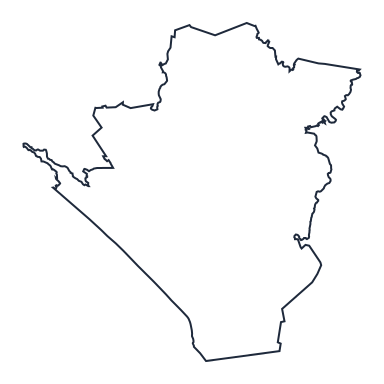 Elota, Sinaloa, Mexico (Albers equal-area conic projection)
{"feature_id": "50627088B50606245291674", "entity_name": "Elota", "entity_type": "district", "adm_level": 2, "iso_a3": "MEX", "parent_name": "Mexico", "parent_adm1": "Sinaloa", "projection": "albers", "projection_center": [-106.918, 24.031], "detail": "fine", "context": "isolated", "style": "outline", "palette": "slate", "viewbox_px": 384, "rotation_deg": 0, "n_neighbors": 0, "source": "geoboundaries", "source_scale": "gbopen_adm2", "svg_char_len": 5856}
<svg xmlns="http://www.w3.org/2000/svg" viewBox="0 0 384 384"><path d="M175.1,30.3L174.6,37.2L171.6,36.3L170.5,47.7L168.1,51.3L167.4,53.9L167.9,59.4L165.8,63.5L164.4,63.9L162.5,65.1L160.7,62.6L160.4,62.6L159.4,64.9L159.7,65.2L160.1,64.9L160.3,65.1L160.9,66.1L161.0,67.5L163.0,71.1L162.8,72.3L163.5,72.2L164.7,72.8L165.5,73.5L166.0,74.5L166.1,75.9L166.6,77.2L167.1,80.6L166.9,81.1L164.4,84.2L162.9,84.6L161.5,85.5L160.4,86.9L160.3,87.7L159.5,89.0L158.7,91.7L158.7,93.9L158.9,95.3L160.7,99.1L160.7,99.9L160.4,101.5L159.9,102.1L158.2,102.7L157.6,103.8L157.5,105.0L157.8,105.9L157.3,106.6L157.2,107.1L157.4,109.3L154.6,110.5L152.1,109.7L151.4,109.1L150.9,108.6L151.1,107.4L152.3,106.3L153.1,104.2L130.6,108.1L122.8,104.7L122.9,102.3L115.7,107.2L106.6,107.6L105.5,105.7L102.3,106.5L102.6,107.7L96.6,108.0L95.4,107.8L93.3,115.6L101.6,127.6L92.6,135.6L106.1,156.2L103.2,156.3L104.7,159.2L105.2,159.3L107.1,161.2L108.6,160.1L110.6,163.1L110.6,163.5L113.1,167.9L97.1,168.0L93.8,168.6L92.7,169.4L90.8,170.0L89.0,171.2L87.1,169.8L84.7,168.9L84.2,169.1L83.2,171.4L86.9,173.9L86.5,176.6L87.2,176.5L87.2,177.0L85.4,178.3L85.5,180.1L85.9,181.3L88.2,182.9L88.1,185.3L88.7,186.1L88.3,186.1L85.5,184.5L84.4,185.2L83.0,184.3L81.4,181.8L78.8,180.8L77.2,179.1L75.5,178.3L73.4,176.9L72.8,176.1L72.9,175.4L72.4,174.0L72.5,173.5L70.7,172.9L70.8,172.5L69.2,170.8L67.7,168.0L66.6,167.1L64.7,166.2L62.7,166.4L60.7,166.2L59.1,165.3L55.4,163.9L54.6,163.5L53.9,162.5L52.3,161.4L51.6,160.1L50.0,159.8L49.1,158.9L48.0,158.7L47.0,156.7L46.9,153.4L46.3,151.0L45.8,149.8L44.1,149.6L42.9,150.7L40.1,150.7L38.2,149.5L37.5,149.5L36.0,150.5L35.0,150.3L34.1,150.0L32.7,148.7L31.7,148.2L31.5,147.2L30.5,147.3L27.0,144.0L25.7,143.5L24.1,143.5L23.5,143.8L23.6,146.7L23.8,147.0L24.8,146.6L25.5,146.9L26.9,148.1L28.2,149.9L28.9,150.2L29.3,149.9L30.5,150.2L32.3,151.9L34.0,152.4L35.2,153.8L36.0,155.9L36.6,156.0L37.0,156.5L37.9,156.9L39.5,157.0L40.0,157.3L41.0,158.8L41.5,161.4L43.5,161.5L47.6,163.3L48.5,164.3L49.7,165.1L50.6,166.1L52.0,169.4L52.5,169.5L52.8,169.2L54.1,169.9L56.5,171.8L56.7,172.4L56.3,173.4L56.9,174.6L57.1,178.5L56.6,178.9L55.9,178.1L56.0,178.6L56.3,179.2L58.5,181.2L60.1,183.3L59.5,184.3L57.9,185.7L57.4,185.7L56.6,185.2L55.1,186.0L56.4,186.0L56.7,186.3L56.5,187.3L55.6,189.3L53.5,187.5L53.0,187.6L89.2,219.0L101.4,230.2L107.3,236.0L115.8,243.4L123.3,250.7L138.0,266.0L153.9,281.8L166.0,294.4L171.4,300.4L181.0,310.1L187.1,316.6L188.5,318.5L190.0,322.1L190.6,324.3L191.8,330.3L192.1,333.5L192.0,336.2L193.2,339.0L193.5,340.8L193.5,342.1L192.9,342.8L192.8,343.4L193.9,345.8L193.9,346.8L200.1,353.2L206.0,361.0L279.5,351.1L280.7,343.6L277.8,342.3L281.0,322.1L284.5,321.3L282.1,308.9L312.2,282.3L317.4,273.9L321.2,265.2L320.4,262.4L309.2,245.7L305.5,244.9L301.6,248.5L300.6,247.1L298.1,239.9L297.0,239.1L295.0,239.2L294.9,238.0L294.3,237.3L294.5,235.9L295.9,234.5L297.6,234.9L298.7,236.0L299.2,236.7L299.1,237.5L299.5,238.4L300.7,239.3L300.6,239.7L301.0,240.1L302.2,239.7L303.5,238.8L304.0,238.0L305.8,238.0L306.4,238.9L306.9,239.1L308.8,237.9L309.1,236.7L308.9,235.0L309.5,231.9L309.4,230.9L309.7,230.1L309.5,228.6L310.4,224.1L310.4,221.6L310.8,221.2L311.3,217.6L311.8,216.8L311.9,215.5L312.3,214.3L312.3,213.8L313.7,212.3L314.2,211.0L314.5,209.3L314.2,209.0L314.0,208.5L314.7,207.6L315.0,205.0L315.5,203.8L316.2,202.8L317.1,202.5L317.5,201.5L318.2,200.9L318.2,199.9L316.3,198.4L315.4,196.7L316.7,191.9L318.1,191.3L319.8,191.7L321.0,191.2L323.8,188.4L324.1,187.3L325.2,185.3L327.4,183.6L329.3,183.0L330.5,181.1L330.6,180.5L330.5,179.2L330.0,178.4L328.8,177.3L328.0,175.3L327.8,173.9L328.7,173.0L329.7,173.0L330.5,172.5L331.4,169.4L331.1,168.2L331.1,166.3L331.0,165.2L329.9,163.9L328.2,158.0L327.2,156.7L326.5,156.5L326.4,156.1L325.8,155.6L323.0,154.6L322.7,154.1L321.4,153.5L318.5,152.6L317.3,148.5L315.0,145.4L316.6,141.6L316.7,140.6L316.5,136.7L316.1,135.5L315.3,135.1L314.2,133.7L307.5,132.5L305.9,132.8L306.5,130.7L305.6,129.8L305.9,128.6L305.5,127.8L306.8,127.8L307.2,128.7L308.9,129.1L309.3,128.8L308.2,127.5L308.1,126.5L310.1,126.0L311.0,127.2L315.9,126.1L316.7,125.5L318.0,126.1L318.9,125.1L318.1,123.9L318.2,123.6L319.7,122.5L320.4,122.6L320.9,121.9L321.4,121.8L322.1,122.4L322.4,121.0L323.7,121.8L324.0,122.7L324.9,123.3L324.5,121.9L325.2,121.1L324.6,120.9L324.5,120.4L324.0,120.1L323.8,119.5L322.9,119.1L322.3,118.3L324.2,116.3L324.7,116.2L326.6,117.1L329.4,122.0L331.4,122.7L334.3,122.4L335.5,121.2L336.0,119.9L335.3,119.0L331.8,116.3L330.8,114.4L330.7,112.5L331.6,111.4L334.4,110.4L334.3,109.6L335.0,108.3L337.2,106.7L340.6,109.3L342.3,109.7L342.7,109.3L342.8,108.7L343.4,108.1L344.1,106.6L342.4,103.9L342.0,102.5L342.2,101.3L344.4,100.6L345.6,99.5L345.8,99.1L344.9,96.1L345.9,95.3L346.8,95.1L347.8,95.3L349.0,94.2L350.4,92.1L350.9,90.3L351.0,89.6L350.5,88.0L350.7,86.6L350.6,86.0L351.1,85.0L351.6,84.5L352.1,84.6L352.2,84.1L351.9,83.4L351.9,82.1L350.8,81.4L350.7,80.7L350.9,80.4L353.2,79.6L355.9,79.0L356.8,78.3L358.0,78.0L359.8,76.9L360.5,75.3L359.7,72.9L359.2,72.7L358.6,73.0L357.9,72.9L356.9,71.9L356.9,71.4L357.0,70.6L358.7,70.5L359.7,69.5L324.7,63.9L318.5,63.4L298.3,58.6L296.6,60.0L294.2,63.5L294.7,64.5L293.9,64.7L293.8,65.0L294.2,66.9L294.1,67.4L293.1,68.2L293.3,69.5L292.7,70.0L291.9,69.5L290.9,70.0L289.5,71.3L289.6,68.3L289.3,67.5L288.5,66.8L287.6,66.4L285.1,66.8L283.8,66.3L283.1,65.6L282.7,63.9L283.3,62.3L283.0,61.9L281.8,61.7L279.7,63.6L279.1,63.6L278.3,64.3L276.0,59.2L276.1,56.8L275.8,56.8L276.0,56.3L275.4,56.1L274.9,50.5L272.6,48.0L270.4,48.0L269.6,47.7L267.7,46.2L267.8,45.2L269.2,41.9L268.6,41.6L268.5,40.8L268.0,40.9L267.8,40.5L265.8,42.5L265.6,43.1L263.6,42.9L263.1,42.6L262.0,40.7L261.1,40.3L260.8,39.8L259.0,39.4L258.9,37.9L256.8,37.9L256.6,37.5L256.6,36.5L257.1,35.6L257.4,33.9L258.5,33.1L258.7,32.6L256.7,28.8L255.5,25.8L254.7,26.1L246.7,23.0L215.1,35.3L191.1,27.1L189.5,25.1L175.1,30.3Z" fill="none" stroke="#1e293b" stroke-width="2"/></svg>